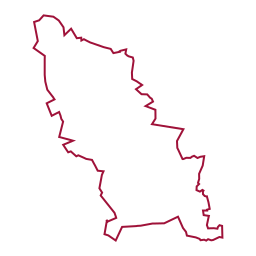 Soyopa, Sonora, Mexico
{"feature_id": "50627088B25999979244986", "entity_name": "Soyopa", "entity_type": "district", "adm_level": 2, "iso_a3": "MEX", "parent_name": "Mexico", "parent_adm1": "Sonora", "projection": "robinson", "projection_center": [-109.561, 28.809], "detail": "fine", "context": "isolated", "style": "outline", "palette": "rose", "viewbox_px": 256, "rotation_deg": 0, "n_neighbors": 0, "source": "geoboundaries", "source_scale": "gbopen_adm2", "svg_char_len": 2075}
<svg xmlns="http://www.w3.org/2000/svg" viewBox="0 0 256 256"><path d="M200.5,240.2L204.2,239.7L206.2,240.6L208.1,239.2L210.1,239.9L211.2,240.3L213.1,240.0L219.4,237.0L222.4,237.6L222.3,233.8L222.2,229.7L222.1,225.9L219.5,225.2L217.9,227.0L217.4,228.7L213.9,228.2L210.1,228.3L209.5,228.3L208.1,228.4L206.9,225.1L208.3,218.4L208.9,215.9L203.7,215.1L203.0,210.5L207.1,210.5L207.0,209.7L209.7,208.9L208.5,202.4L208.4,202.0L206.9,196.5L206.9,196.4L206.2,196.4L204.7,196.0L203.0,194.2L202.9,191.7L203.5,190.6L202.4,189.9L199.9,191.6L196.5,190.1L196.7,186.4L199.1,184.0L198.0,182.9L199.2,178.9L199.1,173.8L202.7,165.6L204.2,156.2L200.3,156.8L197.5,158.0L194.1,155.8L191.9,156.7L190.4,157.9L186.3,157.8L183.4,159.0L182.9,159.1L182.5,159.0L178.4,150.1L177.3,147.9L177.0,141.0L183.4,129.2L152.0,124.2L155.5,118.6L155.4,109.8L145.6,106.1L153.0,101.6L151.7,98.7L150.1,97.7L148.2,95.5L147.2,94.4L141.5,94.2L136.0,89.2L142.1,85.0L136.7,81.3L132.2,79.0L132.1,77.0L131.9,72.6L133.6,60.8L132.8,57.5L128.6,56.3L127.1,55.4L125.4,53.7L126.2,49.4L120.4,50.8L119.6,51.3L119.8,51.8L116.4,52.5L113.4,53.1L110.7,48.9L103.9,47.2L103.3,47.0L103.0,46.9L91.8,43.0L90.3,42.5L86.9,40.8L83.9,39.2L81.4,40.5L81.2,37.7L76.8,38.2L71.1,28.7L64.4,35.2L63.5,27.3L58.8,20.5L53.4,16.7L43.6,15.4L39.2,20.3L34.1,22.0L37.8,41.1L33.6,48.0L44.8,55.9L44.7,59.2L44.7,73.2L44.7,73.8L44.7,74.9L45.3,81.6L47.3,89.7L52.0,95.8L53.2,97.3L53.3,97.6L54.5,99.4L46.7,103.3L51.7,115.8L59.1,112.0L60.5,115.6L61.3,118.9L63.1,121.6L59.2,137.0L70.5,140.0L73.0,140.7L63.2,144.8L66.7,150.1L68.2,152.3L70.8,151.4L76.3,156.3L78.3,155.3L83.7,157.7L86.2,158.9L92.0,159.9L94.2,164.0L95.0,165.4L97.7,170.7L103.5,171.3L101.9,174.9L99.4,188.3L102.1,192.6L101.3,194.2L100.7,195.5L114.5,212.8L115.9,216.8L116.2,217.9L107.8,221.5L107.7,221.6L106.5,219.8L106.9,221.1L106.7,221.6L104.5,234.2L108.3,235.4L115.7,240.5L122.1,226.9L136.1,226.1L136.9,226.0L137.2,225.9L140.7,225.7L152.7,223.5L155.7,223.5L164.2,223.3L178.0,216.7L183.0,228.0L186.0,231.9L186.9,235.6L195.8,237.4L199.6,238.9L200.5,240.2Z" fill="none" stroke="#9f1239" stroke-width="2"/></svg>